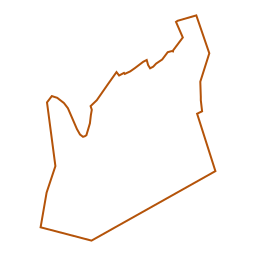 Darwin Waterfront Precinct, Australia
{"feature_id": "25037944B77006542086789", "entity_name": "Darwin Waterfront Precinct", "entity_type": "district", "adm_level": 2, "iso_a3": "AUS", "parent_name": "Australia", "parent_adm1": "", "projection": "equal_earth", "projection_center": [130.846, -12.469], "detail": "fine", "context": "isolated", "style": "outline", "palette": "amber", "viewbox_px": 256, "rotation_deg": 0, "n_neighbors": 0, "source": "geoboundaries", "source_scale": "gbopen_adm2", "svg_char_len": 690}
<svg xmlns="http://www.w3.org/2000/svg" viewBox="0 0 256 256"><path d="M47.0,102.4L55.4,166.1L46.6,192.6L40.6,227.3L91.5,240.6L215.4,171.1L197.1,113.7L202.1,111.3L200.8,100.2L200.8,96.9L200.3,81.7L209.3,53.3L196.3,15.4L177.6,20.8L176.0,21.9L182.8,37.5L173.1,50.4L173.0,51.4L171.6,51.1L167.7,52.2L162.2,59.5L156.1,63.6L153.2,66.7L150.1,68.3L148.1,65.0L146.7,60.0L143.2,61.8L134.9,68.1L130.2,71.4L124.8,73.9L124.0,72.9L119.1,75.5L116.5,72.1L108.2,83.8L96.8,100.2L90.6,106.1L91.8,109.8L90.9,114.9L89.9,123.4L87.8,130.5L86.9,133.5L86.4,135.2L84.9,136.2L83.0,136.8L80.0,134.5L76.9,129.0L67.9,108.2L64.0,103.1L57.2,97.8L51.8,96.1L47.0,102.4Z" fill="none" stroke="#b45309" stroke-width="2"/></svg>